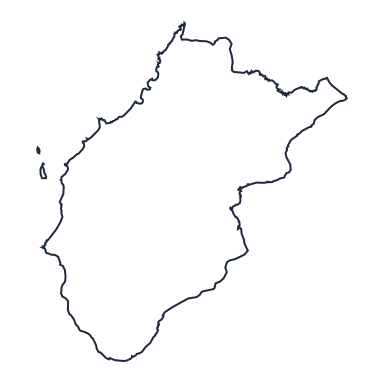 outline of Sumba Timur, Nusa Tenggara Timur, Indonesia, rotated 90°
{"feature_id": "22746128B15873256673931", "entity_name": "Sumba Timur", "entity_type": "district", "adm_level": 2, "iso_a3": "IDN", "parent_name": "Indonesia", "parent_adm1": "Nusa Tenggara Timur", "projection": "mercator", "projection_center": [120.165, -9.805], "detail": "fine", "context": "isolated", "style": "outline", "palette": "slate", "viewbox_px": 384, "rotation_deg": 90, "n_neighbors": 0, "source": "geoboundaries", "source_scale": "gbopen_adm2", "svg_char_len": 5887}
<svg xmlns="http://www.w3.org/2000/svg" viewBox="0 0 384 384"><g transform="rotate(90 192 192)"><path d="M34.4,201.5L23.3,198.9L23.9,199.1L23.0,199.7L24.7,200.0L24.9,201.2L25.6,201.3L25.9,202.8L25.6,202.8L26.4,203.4L26.0,203.7L26.5,204.4L26.9,203.9L27.4,204.3L28.5,203.1L29.4,203.1L30.0,203.8L29.9,204.8L31.3,206.8L32.9,207.2L32.6,208.8L33.6,208.8L33.8,209.6L36.7,209.6L38.6,211.2L41.0,211.9L41.6,213.0L43.2,213.8L43.3,214.5L43.8,214.4L44.8,215.3L44.9,215.9L46.4,216.1L50.0,218.5L51.3,220.3L52.8,221.1L52.6,221.8L53.7,222.5L52.7,224.2L53.3,224.0L54.5,225.2L53.9,225.5L54.5,226.1L54.8,225.4L55.4,226.0L57.6,225.2L58.8,225.4L58.5,224.9L59.3,225.1L59.7,224.0L61.4,223.8L62.5,224.1L63.1,224.6L62.9,225.2L63.3,224.9L63.6,225.7L65.0,226.3L66.5,225.4L67.0,225.9L66.9,226.9L69.2,227.9L71.4,227.5L71.9,226.5L73.4,225.6L77.3,226.1L79.5,228.0L80.5,229.8L80.0,231.8L78.8,231.9L79.8,233.9L82.9,236.5L86.6,235.5L87.8,233.6L89.5,234.3L89.6,237.3L88.5,238.3L88.8,240.2L89.5,241.1L97.1,243.3L98.5,242.8L98.9,241.8L100.2,241.1L102.4,241.3L103.6,242.9L103.7,244.3L102.9,247.5L101.9,247.7L101.6,248.7L108.5,253.3L115.5,260.1L116.7,262.0L116.9,264.9L119.3,267.0L119.3,268.1L120.7,269.4L121.0,271.0L122.3,272.1L121.9,273.1L122.5,273.2L122.9,274.2L123.5,277.6L120.1,279.5L120.4,280.4L118.7,282.4L119.1,282.5L118.9,283.3L119.5,283.2L119.7,284.0L119.2,285.1L120.1,284.5L120.9,285.0L127.1,284.1L130.0,285.6L137.1,292.6L139.3,295.6L138.8,296.8L139.5,296.4L141.2,298.0L141.2,300.4L140.6,300.8L141.3,300.6L141.5,301.1L142.1,300.5L142.9,301.0L143.4,300.2L146.2,299.8L148.7,301.0L153.4,305.1L154.9,308.0L157.1,310.0L159.8,314.3L164.1,317.1L163.8,317.8L164.7,318.1L164.4,319.1L165.0,319.1L166.3,316.7L168.6,315.9L170.4,316.5L173.7,318.5L177.2,322.6L179.2,322.6L179.8,323.2L180.1,322.7L183.2,322.2L185.0,320.7L186.9,320.3L194.1,320.7L202.0,324.3L203.5,323.2L204.4,323.2L204.6,322.3L208.8,323.1L210.8,322.5L213.2,322.6L216.6,321.6L217.6,321.8L222.2,323.6L229.5,327.8L239.8,335.8L240.5,337.5L241.4,337.2L243.2,338.9L244.6,338.6L244.9,339.2L246.3,339.6L246.3,341.0L247.2,340.6L247.5,341.7L248.6,339.2L250.5,338.3L251.9,338.4L253.1,337.2L253.8,334.5L254.7,332.9L254.9,329.1L256.8,325.8L262.6,323.7L264.8,323.9L265.9,321.2L270.1,319.1L275.9,318.5L280.4,318.7L281.8,319.1L284.9,321.4L287.2,322.4L293.5,322.9L296.6,321.5L298.4,318.1L301.3,315.9L310.1,316.1L314.3,314.5L315.1,313.1L319.5,310.0L323.8,308.6L327.0,305.8L329.9,304.5L330.8,303.4L331.8,299.7L333.4,296.2L335.2,293.9L337.2,292.7L338.7,291.0L345.3,287.9L349.0,287.2L352.1,285.3L352.4,283.6L358.0,277.9L359.4,274.9L358.1,274.2L360.2,269.0L361.0,260.1L360.6,257.3L358.7,253.3L357.4,252.1L356.1,252.0L356.7,250.3L355.0,247.9L353.9,247.3L353.4,245.0L352.0,242.2L346.6,238.0L343.0,233.8L337.5,230.8L335.6,228.9L334.6,228.7L332.1,226.6L330.1,226.0L329.8,226.5L328.3,226.8L326.4,226.2L326.8,226.0L324.3,224.9L323.4,225.7L322.4,225.7L321.2,225.1L319.8,222.8L317.2,220.8L315.5,220.5L315.3,221.2L312.3,219.3L307.2,211.7L298.5,195.9L297.1,187.5L294.9,184.3L292.2,182.6L291.4,181.3L289.1,170.5L287.7,169.4L283.3,168.4L281.7,164.1L278.3,160.4L272.2,157.2L267.3,158.7L262.2,157.0L260.5,154.5L259.0,148.6L254.6,139.5L250.6,136.2L243.3,139.6L239.8,140.0L234.0,142.3L228.8,142.9L227.2,144.6L228.2,144.9L229.0,146.0L226.1,145.7L225.2,144.3L221.9,144.7L221.7,145.4L220.7,145.3L218.4,146.4L217.1,147.6L217.4,147.8L216.8,148.7L213.8,150.5L211.2,151.3L209.2,153.4L208.1,153.9L207.8,153.7L208.9,153.0L209.2,152.2L208.8,151.7L208.2,152.1L206.4,150.9L206.0,149.5L204.7,148.2L204.7,146.5L203.0,144.1L200.5,143.6L197.1,143.8L197.1,143.3L196.1,143.0L195.8,143.6L194.5,143.7L194.2,144.4L192.3,144.3L191.1,142.9L190.2,143.8L189.8,145.6L189.1,145.5L188.8,145.1L189.2,143.6L187.7,144.1L187.0,143.7L188.0,141.9L187.5,141.6L185.9,137.2L185.1,136.3L184.3,136.4L184.2,135.6L184.9,135.4L182.6,127.6L182.8,120.0L182.2,116.2L181.8,116.4L181.7,115.5L182.2,115.1L182.1,111.7L181.4,111.1L179.9,106.4L178.5,104.0L177.6,99.9L173.4,97.9L172.3,94.9L170.1,93.3L164.5,93.7L157.4,97.5L153.8,98.4L152.6,98.3L150.1,97.0L148.1,97.2L146.4,95.8L146.2,96.2L144.8,95.7L141.2,93.8L139.3,92.2L135.9,87.1L135.2,86.5L134.9,86.9L134.6,86.7L133.0,83.8L131.0,82.1L127.1,74.7L126.7,72.6L125.2,72.4L123.6,70.1L120.5,69.5L119.0,68.4L116.6,65.4L114.5,60.4L106.3,52.5L103.5,48.8L101.4,44.9L100.4,39.8L98.3,37.2L97.3,38.0L96.1,38.0L95.4,39.5L94.4,39.8L93.6,41.9L85.5,51.9L82.6,54.4L77.8,57.1L78.8,58.8L79.1,61.0L81.2,65.0L84.2,65.6L84.6,66.3L86.2,66.6L87.5,67.6L89.4,67.4L90.7,68.5L90.3,69.4L90.9,69.7L91.4,71.0L91.1,71.5L91.7,72.0L90.9,73.2L91.3,74.2L90.0,75.4L89.5,77.1L88.7,76.9L88.7,78.6L87.8,79.5L88.4,79.8L88.5,80.4L87.6,80.9L87.0,82.7L87.6,83.0L87.3,83.3L89.8,89.3L92.8,92.6L92.4,95.2L93.0,96.0L94.3,95.6L94.0,96.9L95.6,97.5L94.6,98.0L95.5,98.2L94.8,99.5L93.2,99.0L93.0,100.6L94.0,101.4L93.0,101.8L92.7,102.5L92.1,101.4L91.3,101.8L91.6,104.2L90.7,106.4L89.7,106.3L89.3,105.1L89.0,106.4L87.0,107.5L86.0,107.4L84.9,106.3L84.2,106.4L84.0,108.1L80.9,110.9L80.3,112.2L80.8,115.3L79.7,115.1L79.7,116.2L78.5,117.2L79.3,117.8L79.4,118.5L78.6,118.9L78.0,118.2L76.0,118.9L76.3,120.7L75.4,121.3L75.2,122.3L74.4,122.5L74.6,124.2L72.9,124.1L71.1,125.3L70.6,128.2L71.3,128.7L71.6,130.1L72.3,130.4L72.4,131.4L71.0,132.4L71.9,133.1L72.0,132.5L72.6,132.5L73.6,133.8L73.1,134.7L73.9,135.4L71.2,137.0L72.9,140.1L71.9,150.3L70.2,152.1L69.4,151.7L68.1,152.2L61.9,151.3L55.4,152.3L49.1,154.2L43.7,152.4L39.8,155.0L37.7,158.1L38.4,165.6L39.8,166.3L41.5,169.0L42.3,168.8L44.4,170.3L44.7,171.2L42.7,173.7L41.3,177.5L41.0,184.2L40.2,187.8L40.8,192.3L39.5,197.0L39.6,202.2L36.2,203.2L34.4,201.5ZM178.1,338.0L177.0,337.8L174.2,338.7L173.1,339.6L168.8,340.3L166.1,341.8L167.4,342.9L169.8,343.6L174.6,343.3L177.9,342.1L178.3,341.4L178.1,338.0ZM150.2,346.8L152.6,346.2L153.2,344.7L150.7,344.4L148.4,345.3L147.5,346.3L150.2,346.8ZM164.4,340.3L163.5,340.5L163.4,341.1L164.1,341.5L164.7,341.1L164.4,340.3Z" fill="none" stroke="#1e293b" stroke-width="2"/></g></svg>